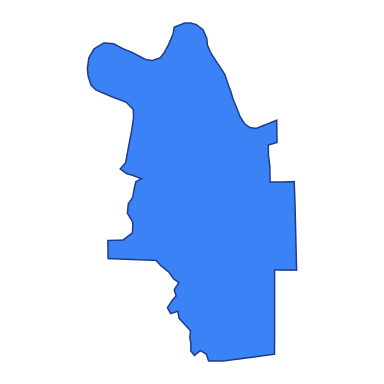 the district of Pinto Bandeira, Rio Grande do Sul, Brazil
{"feature_id": "56859067B15267966296227", "entity_name": "Pinto Bandeira", "entity_type": "district", "adm_level": 2, "iso_a3": "BRA", "parent_name": "Brazil", "parent_adm1": "Rio Grande do Sul", "projection": "robinson", "projection_center": [-51.472, -29.092], "detail": "fine", "context": "isolated", "style": "filled", "palette": "blue", "viewbox_px": 384, "rotation_deg": 0, "n_neighbors": 0, "source": "geoboundaries", "source_scale": "gbopen_adm2", "svg_char_len": 1259}
<svg xmlns="http://www.w3.org/2000/svg" viewBox="0 0 384 384"><path d="M274.6,336.0L274.6,292.4L274.6,269.9L283.0,270.1L296.6,270.1L295.0,203.6L294.2,181.6L282.6,182.0L270.1,182.0L269.8,165.9L268.4,155.1L268.3,145.0L277.0,142.5L276.7,120.2L256.2,128.4L250.0,127.6L245.0,124.2L240.3,117.1L237.0,108.8L232.9,98.7L231.0,92.0L228.0,84.1L224.8,74.4L215.4,60.1L210.3,52.0L207.4,45.0L206.8,38.4L203.0,29.7L196.1,24.5L190.5,23.0L184.6,23.0L174.2,27.2L173.0,34.2L168.0,45.7L164.1,52.8L160.3,57.7L152.3,60.6L145.1,59.3L133.3,53.0L123.2,48.8L113.5,43.7L103.9,42.9L94.1,48.8L88.8,57.9L87.4,68.8L88.2,76.4L91.0,85.1L95.6,89.7L102.4,92.8L113.2,97.3L126.2,102.2L133.3,109.5L133.6,117.1L132.5,125.1L131.3,132.5L129.7,140.5L127.6,152.0L125.6,162.7L120.2,169.0L126.6,173.6L132.7,175.4L141.6,178.8L135.9,181.6L134.2,188.7L132.7,197.4L128.3,203.9L127.4,213.2L132.8,222.3L132.5,232.8L122.9,240.1L107.9,240.5L108.1,258.6L156.1,260.4L160.9,265.7L168.9,272.2L173.5,278.8L178.9,282.6L174.2,289.7L176.2,295.9L172.2,300.4L167.4,307.7L170.7,313.6L177.8,311.3L179.2,318.5L184.5,324.2L190.5,330.8L189.8,337.7L190.9,344.0L190.7,350.9L194.5,355.5L200.3,350.6L206.4,354.2L208.6,361.0L223.3,361.0L274.5,354.2L274.5,347.8L274.6,336.0Z" fill="#3b82f6" stroke="#1e3a8a" stroke-width="1.5"/></svg>